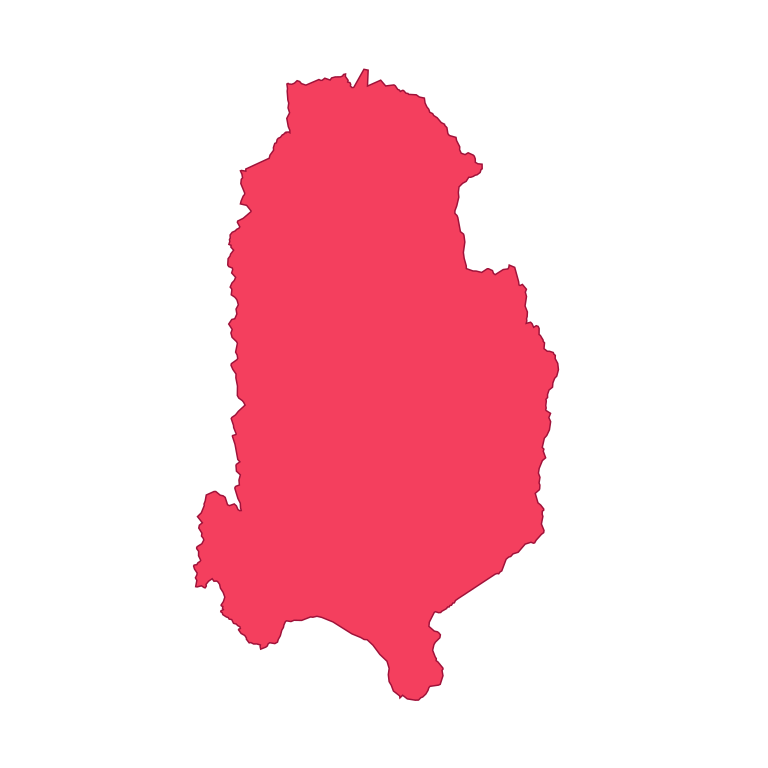 KBang, Gia Lai, Vietnam (Albers equal-area conic projection), rotated 194°
{"feature_id": "81297802B35293124334630", "entity_name": "KBang", "entity_type": "district", "adm_level": 2, "iso_a3": "VNM", "parent_name": "Vietnam", "parent_adm1": "Gia Lai", "projection": "albers", "projection_center": [108.483, 14.301], "detail": "fine", "context": "isolated", "style": "filled", "palette": "rose", "viewbox_px": 768, "rotation_deg": 194, "n_neighbors": 0, "source": "geoboundaries", "source_scale": "gbopen_adm2", "svg_char_len": 6156}
<svg xmlns="http://www.w3.org/2000/svg" viewBox="0 0 768 768"><g transform="rotate(194 384 384)"><path d="M574.9,556.1L572.6,553.2L571.1,549.8L572.0,548.1L571.4,543.8L565.3,535.5L565.2,534.0L566.1,532.3L566.9,527.1L566.9,524.0L560.5,524.1L554.8,519.7L554.8,519.0L560.7,510.7L565.4,506.7L565.4,505.4L561.9,501.6L562.5,500.0L564.3,498.5L565.5,496.5L568.0,494.5L569.4,491.4L568.5,488.4L568.9,486.7L568.1,485.0L568.3,481.9L566.0,481.6L565.6,479.7L562.3,477.5L564.3,472.9L564.3,470.9L565.6,467.9L564.4,461.7L563.1,460.4L559.2,459.8L558.5,458.4L558.7,454.9L553.8,451.6L554.3,448.3L556.0,445.2L556.7,440.8L554.9,439.5L554.4,438.4L553.8,433.6L549.9,432.2L548.3,431.1L546.8,429.7L544.5,425.6L545.7,420.9L543.7,416.3L544.6,411.2L547.3,409.8L549.2,404.6L544.5,400.2L544.9,396.5L542.7,392.5L537.3,389.4L536.1,388.0L535.7,379.0L533.5,376.6L532.1,373.4L532.6,372.0L537.0,366.9L537.0,365.2L534.2,361.6L530.0,357.9L529.2,354.1L525.7,346.6L523.5,337.3L521.5,335.2L517.5,333.6L515.8,332.3L513.7,329.9L518.7,322.3L520.6,318.1L523.5,314.8L523.9,313.5L520.0,307.4L519.3,305.3L515.4,299.9L515.4,299.2L518.5,297.3L518.5,296.7L513.9,289.3L507.6,275.4L505.0,273.6L507.8,270.3L507.9,269.1L506.1,263.7L501.4,261.1L501.5,255.7L499.9,251.0L502.9,249.0L503.6,247.7L503.4,246.5L498.0,237.5L494.6,233.6L493.2,229.0L491.9,226.7L493.3,226.2L495.3,226.8L497.7,230.0L500.3,231.4L504.5,228.6L506.6,229.0L510.7,235.6L513.1,236.6L516.0,236.5L521.2,239.0L522.9,238.6L529.6,233.3L529.2,227.2L529.6,224.0L529.0,222.6L530.1,214.8L532.9,210.2L526.7,205.4L529.0,202.3L528.9,199.4L524.6,195.2L524.3,192.3L522.0,190.5L521.1,189.0L522.1,184.9L525.9,181.1L526.2,179.9L525.9,178.9L523.4,176.8L522.4,172.5L519.2,168.6L519.6,167.3L521.2,165.7L522.0,163.4L524.4,162.4L524.7,161.3L523.1,158.6L519.6,155.4L519.4,153.5L520.1,150.3L518.1,148.2L517.7,141.8L516.2,141.9L512.3,144.0L509.1,142.9L508.1,143.0L507.5,145.0L508.2,146.5L506.5,150.2L503.6,153.5L501.3,151.5L498.6,152.3L497.2,151.7L495.1,149.9L493.3,146.3L489.7,142.9L486.9,138.7L487.2,134.1L488.6,130.0L488.0,129.3L486.6,129.2L486.4,127.2L485.3,126.2L487.3,124.6L487.3,123.5L485.6,122.9L484.6,121.2L480.6,119.8L478.7,119.7L477.4,118.4L474.8,118.6L472.1,115.4L469.1,115.3L467.6,114.2L465.1,113.6L464.2,112.0L465.7,110.9L465.7,110.3L462.3,107.4L458.3,106.3L456.1,104.3L455.8,103.1L452.2,100.2L450.6,100.9L447.6,100.2L444.6,101.0L440.8,100.9L440.7,99.3L439.5,96.9L435.0,100.1L433.8,101.7L433.7,103.5L432.4,105.3L427.1,105.7L424.9,107.8L424.8,110.5L423.7,114.6L423.6,120.4L422.7,123.4L422.8,126.0L422.2,129.4L421.4,130.6L416.8,131.0L414.1,133.0L406.7,134.7L398.9,140.2L396.6,140.5L392.9,142.4L388.0,142.5L376.0,140.8L354.7,133.8L345.2,132.4L341.5,131.3L338.5,131.8L331.5,127.9L322.6,120.6L314.0,115.7L310.2,109.3L309.5,103.0L307.0,96.4L304.1,93.5L300.6,88.4L293.4,85.2L292.6,83.3L290.6,86.5L285.2,84.1L277.1,84.8L274.0,85.7L272.4,88.5L270.7,89.7L268.4,93.3L267.2,97.3L267.0,100.3L266.2,101.8L258.3,105.0L256.8,106.2L256.2,115.2L258.4,120.1L257.8,121.6L258.1,122.6L264.5,127.4L266.5,128.2L266.8,130.2L268.3,131.6L272.4,137.4L272.5,143.2L271.7,145.9L268.4,151.3L268.6,154.3L270.9,156.0L272.4,156.5L275.4,156.4L281.8,159.7L282.4,163.9L280.0,174.5L279.0,175.5L275.7,175.3L273.7,176.0L272.9,177.5L269.0,181.2L268.4,183.0L266.9,183.4L266.5,185.0L265.0,185.7L264.3,188.0L262.8,188.7L262.3,191.2L260.0,193.9L230.0,226.5L228.4,227.5L226.8,227.6L226.0,229.6L224.5,231.2L223.1,243.5L221.1,246.3L219.3,247.3L217.7,250.4L213.1,253.2L208.3,262.8L203.1,266.0L200.5,265.7L199.4,266.3L198.6,269.2L194.9,276.2L193.1,278.4L193.3,280.6L197.4,286.2L197.8,294.0L199.0,295.9L199.6,298.8L198.5,300.2L198.8,301.4L202.6,304.4L205.9,306.0L210.8,314.5L207.7,318.9L207.6,320.0L208.3,323.7L209.6,325.5L210.1,331.2L212.6,334.9L213.0,339.7L211.8,348.0L209.3,351.5L213.2,357.3L213.1,359.5L215.1,360.7L215.3,370.2L213.6,373.4L212.4,379.5L213.2,387.8L215.9,391.2L215.3,395.8L220.3,397.5L220.9,398.3L220.8,399.9L221.8,402.1L222.4,406.8L223.2,408.3L222.0,410.5L222.8,413.3L222.4,418.1L219.7,421.7L220.4,425.9L219.8,430.8L218.3,433.4L218.2,440.1L220.4,446.0L224.1,450.1L224.7,453.2L226.5,454.2L227.4,455.5L231.3,455.8L233.5,455.3L237.3,457.0L238.2,462.8L239.8,463.8L240.3,465.2L244.1,469.0L245.5,469.5L246.9,475.4L248.4,477.2L250.4,477.4L252.5,475.2L254.9,478.3L256.7,479.4L260.7,477.2L260.7,479.9L261.5,481.8L261.4,484.1L262.3,488.6L266.0,493.8L266.9,503.4L269.1,507.3L268.7,510.4L273.8,514.1L275.8,512.5L277.0,512.8L278.1,515.8L285.4,528.8L291.3,529.7L291.1,527.1L291.7,525.6L296.0,523.9L302.6,517.0L304.5,517.8L306.2,520.3L310.4,521.1L311.7,520.8L316.2,515.9L321.8,515.9L325.0,515.2L332.0,515.9L332.8,518.6L336.6,525.3L338.8,530.8L339.9,541.3L342.3,547.4L343.1,548.7L346.7,550.3L352.6,563.3L353.9,565.1L356.5,566.7L357.1,569.3L356.5,574.5L356.6,583.4L358.2,587.8L358.9,593.4L356.3,597.7L353.3,600.5L351.8,605.1L349.8,605.6L347.5,607.1L346.1,608.6L344.3,609.5L341.9,612.5L341.7,615.6L340.8,616.5L342.0,621.0L346.2,620.4L349.0,621.2L349.9,624.5L351.5,626.9L352.8,627.7L358.3,628.7L360.8,626.2L364.9,626.6L367.3,629.6L367.9,632.5L372.5,637.8L373.8,640.7L380.2,640.9L381.6,641.5L382.7,642.6L385.0,648.0L387.6,649.6L388.1,650.7L391.7,651.5L396.8,655.2L400.7,656.5L402.2,658.1L405.4,658.8L407.0,661.4L409.5,663.3L412.2,666.7L414.0,671.2L419.1,671.0L422.6,672.4L430.2,671.0L431.0,671.7L433.0,671.5L436.0,673.5L437.1,673.4L438.9,671.8L440.1,672.9L442.0,673.2L445.2,676.1L446.7,676.6L454.5,673.6L460.7,678.0L472.1,669.1L475.3,684.7L479.6,684.5L485.0,664.8L485.6,664.2L486.8,663.9L488.7,665.0L488.8,666.7L490.0,668.2L492.3,668.2L492.3,670.0L495.9,673.1L496.3,675.5L498.2,674.5L498.6,672.9L500.5,671.5L505.7,670.1L508.9,668.3L509.8,665.9L515.4,666.4L517.5,663.7L518.9,663.3L520.8,663.7L532.1,655.1L536.8,655.5L539.0,657.1L541.7,657.3L543.7,654.2L546.0,652.5L549.0,652.1L549.8,652.5L550.8,651.6L549.1,647.3L548.8,644.8L546.0,636.3L544.4,633.5L543.9,628.7L541.2,624.3L542.6,618.2L539.1,610.5L536.8,607.5L536.1,605.0L537.6,605.4L539.9,604.7L539.9,604.0L540.6,604.1L542.0,601.7L542.9,601.2L544.2,598.3L546.0,596.9L546.8,595.4L546.8,592.0L548.2,591.0L548.5,586.6L547.7,584.1L550.0,578.5L550.0,575.3L570.1,559.2L569.6,557.1L574.1,556.7L574.9,556.1Z" fill="#f43f5e" stroke="#9f1239" stroke-width="1.5"/></g></svg>